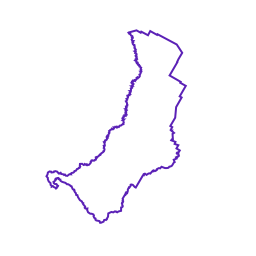 Goondiwindi, Queensland, Australia, rotated 112°
{"feature_id": "25037944B7624735907381", "entity_name": "Goondiwindi", "entity_type": "district", "adm_level": 2, "iso_a3": "AUS", "parent_name": "Australia", "parent_adm1": "Queensland", "projection": "orthographic", "projection_center": [150.069, -28.463], "detail": "fine", "context": "isolated", "style": "outline", "palette": "violet", "viewbox_px": 256, "rotation_deg": 112, "n_neighbors": 0, "source": "geoboundaries", "source_scale": "gbopen_adm2", "svg_char_len": 5953}
<svg xmlns="http://www.w3.org/2000/svg" viewBox="0 0 256 256"><g transform="rotate(112 128 128)"><path d="M201.2,185.2L203.3,185.5L204.3,183.6L205.6,183.1L207.3,181.4L208.1,179.2L209.7,178.5L210.2,177.1L211.0,176.8L210.0,175.9L210.5,174.7L210.6,173.0L211.1,172.1L210.2,171.6L209.0,171.7L208.5,171.2L207.8,171.2L207.7,172.1L206.8,173.3L207.3,174.7L207.0,176.1L206.1,176.7L206.0,176.4L205.1,176.4L203.7,175.6L202.7,175.7L202.6,176.2L202.0,176.0L202.0,175.2L201.0,175.0L200.4,173.9L200.7,173.1L201.4,172.9L201.2,171.5L201.7,171.5L202.3,170.6L202.6,168.8L202.3,165.5L203.0,163.4L202.6,162.6L202.7,161.2L203.0,159.8L203.4,159.4L203.2,158.5L205.2,156.6L205.5,155.9L205.3,154.8L205.9,154.2L206.4,154.3L207.5,153.0L207.8,152.1L209.5,150.9L209.2,149.8L210.8,148.5L212.9,145.6L213.4,143.2L214.4,142.3L214.4,141.3L215.5,141.0L216.9,138.3L217.6,138.0L218.2,138.2L218.6,137.4L218.3,136.1L217.9,135.5L219.4,135.1L221.1,133.4L221.6,130.9L221.1,129.5L221.1,127.7L221.9,126.8L222.7,126.9L223.9,125.7L224.1,124.2L225.2,123.9L225.6,122.8L225.0,119.6L226.2,118.5L225.8,118.0L226.0,117.6L224.0,115.6L222.2,115.6L221.4,114.3L221.5,113.9L220.6,113.4L219.9,113.6L217.7,113.3L214.6,114.3L212.1,112.0L211.7,110.0L210.3,109.0L209.9,107.9L210.2,107.5L210.2,106.4L209.0,105.6L207.4,103.4L204.3,104.6L203.9,104.0L202.9,103.5L202.2,103.7L201.8,104.4L200.8,104.8L200.3,105.4L199.4,105.5L198.9,105.4L198.9,105.0L198.1,104.9L197.3,105.8L196.6,105.6L195.6,106.5L190.8,105.8L190.9,105.3L190.0,105.1L189.3,105.8L188.3,105.6L188.5,104.4L186.4,104.6L185.1,105.1L182.7,104.9L182.8,104.4L180.5,103.9L179.6,104.3L179.2,103.9L178.9,102.3L180.2,99.6L180.3,98.5L166.2,96.4L165.9,95.6L164.8,96.1L164.0,95.2L164.5,93.3L162.6,92.0L162.0,91.2L161.9,90.2L159.5,89.5L158.8,88.4L158.2,88.9L157.7,88.5L157.7,86.7L156.9,86.0L155.8,85.9L155.8,85.5L154.8,85.4L153.6,84.3L153.4,83.1L151.4,82.4L151.3,78.8L150.5,76.8L149.7,75.6L148.4,75.2L147.6,74.0L146.4,73.1L142.6,72.5L142.1,72.0L140.3,73.7L138.1,71.5L137.6,72.1L136.9,71.6L136.8,72.2L134.7,70.4L132.8,71.8L133.5,72.8L133.1,73.4L132.5,73.3L131.3,71.9L129.4,71.6L128.8,75.4L125.1,74.9L125.3,78.8L123.1,78.8L123.2,83.3L122.1,83.1L121.5,82.2L116.8,84.5L115.3,83.5L114.4,86.2L114.0,86.2L114.3,86.7L113.9,87.7L110.6,87.3L110.3,89.5L100.8,88.1L90.6,91.2L79.6,89.7L79.3,91.9L67.3,90.2L66.5,96.5L65.5,96.4L63.7,109.1L48.5,106.9L48.4,107.2L45.2,107.0L38.0,105.9L32.3,114.1L30.0,135.8L30.8,135.9L29.8,143.7L34.5,144.2L33.7,151.8L34.9,151.9L34.3,156.7L38.7,162.5L39.0,162.0L39.6,163.0L40.1,162.2L39.5,161.8L41.2,159.7L41.2,158.4L42.3,157.5L42.8,158.1L43.4,157.4L44.5,157.8L45.6,156.8L45.3,155.5L46.8,155.9L46.9,155.5L47.2,155.7L48.1,155.2L48.6,154.5L48.6,153.5L49.0,153.4L48.8,153.0L50.5,152.0L51.3,152.1L51.7,151.0L52.6,150.7L52.7,150.1L53.3,150.3L53.9,149.7L54.4,150.4L54.6,149.6L55.5,149.5L55.3,149.2L56.3,147.7L57.8,148.0L57.9,147.4L58.6,147.5L58.7,146.7L59.8,146.6L59.9,146.2L60.1,146.3L60.6,145.6L61.2,146.3L61.4,145.9L61.9,146.3L62.1,146.0L62.7,146.6L63.1,145.1L63.9,144.9L64.5,144.2L64.3,144.0L64.7,143.9L64.7,143.2L65.2,143.3L64.7,143.0L65.5,142.6L65.9,141.6L65.5,141.2L66.6,140.5L66.3,139.8L67.2,139.2L67.2,138.4L68.8,138.3L69.2,137.4L69.9,137.6L70.5,137.0L70.7,137.3L70.8,136.8L71.4,136.9L71.5,137.4L72.6,136.8L74.1,137.0L74.3,137.3L75.3,136.5L76.7,136.7L77.5,137.2L77.4,137.9L78.0,137.8L77.9,138.6L78.3,138.9L79.4,138.3L80.5,138.7L80.9,139.8L81.5,140.1L81.9,139.6L82.0,140.2L82.7,140.7L82.3,141.3L83.1,141.6L83.9,141.0L84.0,141.5L84.6,141.2L84.9,141.5L85.1,141.0L84.8,140.8L85.3,140.4L85.0,140.5L84.9,140.1L86.3,139.8L86.1,139.5L86.7,139.6L86.5,140.0L87.4,140.2L87.5,139.8L87.8,140.3L87.9,139.7L88.5,139.5L88.8,140.0L89.4,139.7L89.7,139.9L89.7,139.5L90.5,139.9L92.5,139.2L93.0,140.1L93.2,139.5L93.8,139.1L94.4,139.1L94.8,139.6L95.5,139.1L95.9,139.3L96.0,138.9L96.4,139.3L96.9,139.0L97.1,139.7L98.0,139.8L97.7,140.0L97.9,140.3L98.2,140.0L98.6,140.5L99.3,139.6L99.9,139.4L100.8,139.8L101.2,139.6L101.6,140.2L102.3,139.4L103.1,139.7L103.8,139.4L104.1,139.8L105.3,138.2L106.8,137.6L106.8,137.2L107.6,137.0L108.2,137.6L108.9,137.3L109.1,137.9L109.7,137.6L109.8,137.0L110.6,137.2L110.8,136.9L111.3,137.5L111.4,136.9L112.2,137.0L112.2,135.9L113.5,136.4L113.8,136.1L113.7,135.8L114.3,135.5L115.0,136.0L115.3,135.5L115.4,136.0L115.5,135.5L116.1,135.4L116.1,135.0L116.4,134.7L116.6,135.3L117.6,134.8L117.7,135.8L118.5,135.2L118.2,135.8L118.8,135.9L118.8,136.2L118.4,136.3L118.8,136.6L119.2,136.1L120.7,136.7L120.7,136.1L121.8,136.2L122.1,135.6L121.9,135.2L122.5,135.5L122.3,135.0L122.9,135.1L124.7,133.9L125.5,134.2L126.2,133.7L126.8,134.6L128.2,135.3L128.8,136.4L130.4,136.8L130.4,137.7L131.2,137.9L131.2,138.5L131.6,138.6L131.2,139.3L131.7,139.6L131.7,140.4L132.9,140.8L132.9,141.5L133.9,140.9L134.9,141.5L134.7,142.8L135.6,142.9L136.8,143.9L137.8,143.9L138.0,144.3L139.0,143.6L139.5,143.9L139.9,143.4L141.8,143.8L142.6,143.2L143.6,143.6L142.6,144.0L142.8,144.3L144.4,144.5L144.7,143.9L144.2,143.5L144.6,143.1L145.1,143.8L146.6,143.3L147.9,144.0L147.9,144.5L149.1,144.7L149.6,144.3L150.1,145.0L150.8,144.1L153.0,142.9L153.6,143.8L154.3,143.2L155.6,143.0L155.6,142.5L156.8,141.7L158.5,141.6L158.7,142.1L159.6,142.0L161.7,143.4L163.2,143.5L163.2,144.2L165.4,144.8L166.4,146.0L166.8,145.8L167.1,146.5L167.5,146.1L167.9,146.6L168.6,146.0L169.5,146.0L170.0,146.8L170.7,146.9L171.1,147.4L171.2,148.7L171.6,149.5L172.1,149.3L172.6,149.9L173.4,150.0L173.9,149.5L174.5,149.6L176.6,150.3L177.9,152.0L177.9,152.7L177.2,152.9L177.7,153.6L177.6,154.5L178.2,154.5L178.9,155.2L178.4,157.1L179.0,158.5L179.6,158.6L179.6,159.0L180.9,158.6L181.7,157.8L183.1,158.0L183.2,158.6L184.6,159.1L185.1,159.9L187.1,160.3L188.0,161.5L188.7,161.4L189.8,161.9L190.9,163.5L191.9,163.9L192.3,163.5L192.8,165.0L195.1,166.3L195.5,167.9L194.8,169.0L195.5,169.7L195.1,170.2L195.6,172.5L194.8,173.6L195.8,174.1L195.7,175.0L196.1,175.3L195.0,177.3L195.2,179.1L196.0,180.3L196.8,180.3L197.9,182.3L197.3,182.9L197.7,184.5L199.3,185.6L201.2,185.2Z" fill="none" stroke="#5b21b6" stroke-width="2"/></g></svg>